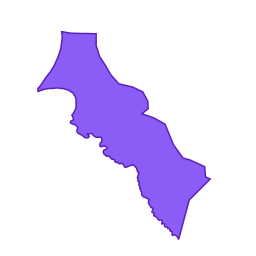 outline of Chari, Chari-Baguirmi, Chad, rotated 316°
{"feature_id": "50815135B55510615891344", "entity_name": "Chari", "entity_type": "district", "adm_level": 2, "iso_a3": "TCD", "parent_name": "Chad", "parent_adm1": "Chari-Baguirmi", "projection": "orthographic", "projection_center": [15.102, 11.728], "detail": "fine", "context": "isolated", "style": "filled", "palette": "violet", "viewbox_px": 256, "rotation_deg": 316, "n_neighbors": 0, "source": "geoboundaries", "source_scale": "gbopen_adm2", "svg_char_len": 4145}
<svg xmlns="http://www.w3.org/2000/svg" viewBox="0 0 256 256"><g transform="rotate(316 128 128)"><path d="M170.6,38.1L170.1,37.7L164.8,32.2L159.6,27.1L152.7,20.0L147.2,12.6L143.9,16.9L139.4,20.6L134.6,24.3L127.1,28.3L118.6,31.7L111.4,33.6L103.5,34.7L102.7,34.9L98.5,35.9L96.9,36.2L95.5,36.5L93.9,36.7L93.0,36.8L92.1,36.9L90.8,36.9L88.6,39.2L90.2,40.0L91.1,40.2L95.9,42.7L98.7,44.8L101.3,47.2L103.0,48.5L104.9,50.0L107.3,53.0L108.7,54.5L110.2,57.0L111.7,60.0L112.7,64.9L111.6,69.6L110.3,71.6L109.5,72.3L107.6,74.4L105.5,76.5L104.6,77.3L102.3,78.4L98.5,79.5L97.6,79.6L96.5,79.8L96.4,80.0L96.4,80.5L95.8,82.2L95.7,82.5L95.5,82.8L95.4,82.9L95.2,83.3L94.9,83.5L94.4,84.0L93.6,84.1L92.2,83.4L91.0,83.5L90.5,84.0L90.2,84.8L90.4,85.4L90.5,85.8L92.2,88.9L92.5,90.6L92.4,91.7L91.9,92.8L91.5,93.1L91.1,93.4L90.1,93.9L89.7,94.1L89.4,94.4L89.1,94.8L88.9,95.0L88.5,96.0L88.5,97.0L88.8,98.4L89.4,99.7L89.7,100.4L89.8,101.1L89.9,101.7L90.2,104.2L90.7,105.5L90.8,105.7L91.3,106.2L91.8,106.7L92.0,107.0L93.0,107.4L93.4,107.4L93.9,107.2L94.4,106.8L94.4,106.4L94.5,106.1L94.7,105.4L94.5,104.2L94.9,103.8L95.4,104.4L96.5,105.6L96.7,105.8L97.2,106.0L97.6,106.3L97.8,106.5L98.1,107.3L98.0,107.7L97.9,109.1L98.0,110.8L98.4,111.6L98.8,112.6L100.1,113.9L100.3,114.2L101.7,115.3L102.0,115.9L102.1,116.1L102.0,116.6L101.9,117.1L101.7,117.4L101.4,118.1L100.8,118.8L100.6,118.8L100.1,119.1L99.6,119.4L99.4,119.5L98.9,119.5L97.6,119.6L96.9,119.9L96.6,120.0L95.7,120.9L95.6,121.1L95.4,121.5L95.3,121.9L95.3,122.1L95.5,122.6L95.8,122.9L96.4,123.4L96.9,123.6L98.1,124.0L98.4,124.4L98.6,124.5L99.4,127.0L99.2,127.7L98.5,128.2L98.3,128.2L98.1,128.1L97.6,128.1L97.4,128.0L97.1,127.9L95.9,127.2L95.3,127.2L94.9,127.2L94.5,127.4L94.0,127.6L93.3,128.4L92.7,129.9L92.6,130.1L92.6,130.3L92.6,131.1L92.8,131.6L92.9,132.1L93.0,132.2L93.0,132.7L93.0,132.8L93.0,133.0L93.1,133.6L93.3,134.0L93.7,134.1L94.0,134.2L94.9,135.2L95.2,135.7L94.8,136.1L94.7,136.3L94.8,137.3L94.7,138.1L94.7,138.4L94.8,139.2L94.8,139.4L95.0,139.6L95.9,140.5L96.0,140.6L96.2,140.8L95.6,142.3L95.4,142.8L95.2,143.2L95.5,144.2L95.5,144.3L95.8,144.7L96.5,145.8L96.6,146.1L96.9,147.6L97.2,148.0L97.3,148.1L97.4,148.3L98.7,148.7L98.8,148.9L99.2,149.3L99.2,150.7L99.2,151.9L98.9,152.4L98.7,152.8L98.4,153.3L98.9,154.5L99.2,154.8L99.4,154.9L99.5,155.0L103.7,156.6L105.3,157.7L106.3,158.9L106.3,159.5L106.3,160.4L106.3,161.3L106.3,162.7L106.1,163.0L105.9,163.4L105.8,163.5L105.3,164.6L105.2,164.8L104.4,166.3L104.5,166.6L104.6,167.6L104.4,167.8L104.0,168.2L103.9,168.2L101.4,169.6L100.4,170.1L100.1,170.3L100.0,170.7L99.8,171.3L99.6,172.0L99.2,172.3L98.7,172.6L98.2,172.9L98.2,173.0L98.4,173.8L98.5,174.4L98.7,174.9L97.5,175.4L97.1,175.6L96.6,175.9L96.4,176.5L96.1,177.4L96.0,177.7L95.9,178.0L95.7,178.7L95.4,178.8L94.2,179.9L94.4,180.4L94.6,181.1L94.6,181.3L93.6,182.2L93.4,183.4L93.3,183.5L92.4,184.5L91.4,185.8L91.3,187.7L91.3,187.9L91.2,188.2L91.7,189.1L91.8,189.2L92.7,191.5L92.8,191.6L92.8,191.8L92.9,192.1L93.4,193.5L93.2,193.8L93.2,194.1L91.4,195.3L90.9,196.0L90.5,196.4L90.4,196.7L90.0,198.0L89.9,199.8L89.8,200.1L89.3,201.1L90.1,202.7L90.2,203.2L90.2,203.3L89.6,203.9L89.6,204.0L87.9,204.4L87.1,204.9L86.9,205.1L86.7,205.5L87.4,207.1L87.5,207.2L87.4,207.6L87.3,208.1L86.2,208.4L86.0,208.6L85.7,208.9L85.7,209.7L86.6,210.8L86.7,211.2L86.7,211.3L86.4,212.7L86.1,215.2L86.2,215.6L86.4,216.1L86.6,216.2L86.9,216.3L88.1,217.5L88.3,218.0L88.2,218.5L88.2,218.8L86.3,219.7L85.9,220.2L85.7,220.4L86.0,220.6L86.9,221.2L87.3,221.9L87.3,222.1L87.3,222.5L86.7,223.3L86.5,223.6L86.0,224.4L86.1,225.0L86.3,225.2L87.0,225.9L87.2,226.8L86.8,227.8L87.2,228.2L87.3,228.3L88.0,229.2L88.0,229.3L87.8,229.9L87.0,230.7L87.2,230.9L87.3,231.1L87.0,231.9L87.6,232.9L87.5,233.5L85.6,235.3L85.4,235.9L85.6,236.3L86.6,236.6L87.2,236.7L87.6,238.3L87.9,239.7L87.9,240.1L87.8,241.1L87.6,241.5L87.4,241.9L87.0,243.3L86.9,243.4L95.4,238.3L122.1,222.3L151.7,221.8L149.8,217.0L156.3,209.1L154.4,204.3L150.4,194.1L146.7,187.8L149.0,171.8L157.3,150.9L153.6,138.7L147.9,127.4L155.9,128.2L160.9,122.3L163.7,112.3L159.8,101.8L152.1,89.8L152.6,77.5L155.3,66.9L157.2,56.9L162.4,46.5L170.6,38.1Z" fill="#8b5cf6" stroke="#5b21b6" stroke-width="1.5"/></g></svg>